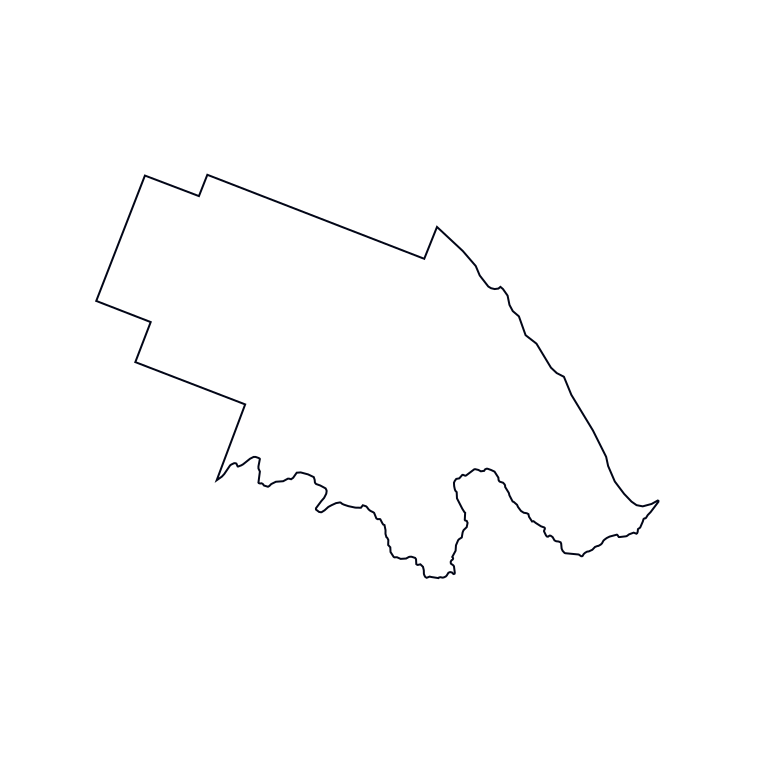 Menominee, Michigan, United States of America (Robinson projection), rotated 291°
{"feature_id": "52423323B70505810284564", "entity_name": "Menominee", "entity_type": "district", "adm_level": 2, "iso_a3": "USA", "parent_name": "United States of America", "parent_adm1": "Michigan", "projection": "robinson", "projection_center": [-87.723, 45.54], "detail": "fine", "context": "isolated", "style": "outline", "palette": "ink", "viewbox_px": 768, "rotation_deg": 291, "n_neighbors": 0, "source": "geoboundaries", "source_scale": "gbopen_adm2", "svg_char_len": 3740}
<svg xmlns="http://www.w3.org/2000/svg" viewBox="0 0 768 768"><g transform="rotate(291 384 384)"><path d="M234.2,262.3L239.4,265.8L242.6,267.1L252.9,269.5L254.1,270.3L256.4,272.5L256.8,273.8L256.8,274.7L254.6,276.9L254.6,277.3L256.9,279.9L258.5,281.2L266.2,285.7L269.2,288.4L269.9,290.3L270.0,293.5L269.8,294.6L269.5,295.0L262.1,296.3L260.1,297.1L257.8,299.5L247.0,302.1L246.6,302.6L246.7,304.0L247.4,305.2L247.3,306.5L246.2,308.4L246.5,312.5L247.7,313.5L250.2,314.6L254.0,318.1L257.1,324.7L261.2,328.2L261.6,329.3L261.8,331.4L263.9,332.8L269.9,334.3L271.6,337.9L272.4,345.5L271.9,351.8L269.7,353.6L267.3,354.8L266.7,355.6L266.3,356.5L266.4,360.9L265.8,365.5L265.6,366.9L264.5,368.1L263.6,368.8L260.9,369.4L256.2,368.9L252.1,367.4L243.6,365.0L242.4,365.5L241.3,369.2L241.7,371.2L242.0,371.7L244.8,373.8L249.3,376.1L252.1,378.5L255.6,381.9L257.7,385.4L257.7,386.2L257.1,388.0L257.0,390.1L257.2,394.5L258.3,401.5L260.2,406.8L263.2,407.7L263.4,411.0L263.0,412.1L261.4,414.6L260.7,416.7L260.4,420.0L260.1,421.0L255.8,425.0L255.5,426.4L256.3,428.2L256.4,429.0L253.3,432.5L252.5,433.7L252.5,435.0L248.1,437.8L244.6,439.1L241.9,441.1L241.6,442.1L240.0,443.9L235.2,445.6L233.8,448.4L229.5,450.3L226.1,454.9L225.9,455.8L226.9,458.2L226.7,462.2L229.0,467.2L231.4,469.2L232.1,470.2L232.6,471.6L232.8,475.4L231.9,476.7L227.4,478.7L227.1,479.8L227.2,480.4L228.7,482.6L227.3,485.9L224.4,487.9L221.0,489.3L219.6,490.5L218.6,491.8L218.4,493.3L220.6,495.7L220.7,497.0L222.3,504.4L223.1,504.7L223.9,506.0L224.1,507.5L224.3,508.3L225.1,509.4L226.5,510.7L227.7,511.2L230.9,511.8L232.1,513.1L232.4,515.0L231.6,516.6L231.6,517.3L232.3,517.9L233.2,517.7L238.8,514.7L239.5,513.8L240.3,510.8L241.8,510.0L243.3,510.1L244.9,511.1L246.0,511.0L246.7,510.4L247.0,509.7L254.0,510.6L259.2,509.0L264.7,509.2L266.0,509.7L268.6,511.6L273.6,510.6L275.0,510.6L276.2,510.7L280.0,512.5L284.3,511.8L285.8,510.3L285.7,508.7L286.1,508.1L292.9,505.9L293.2,505.0L295.6,501.8L303.4,493.1L309.1,490.6L310.0,488.8L311.3,487.7L313.8,486.1L316.9,484.7L318.9,484.8L321.3,485.5L322.9,488.1L327.2,489.7L327.5,490.3L327.5,492.7L328.0,493.4L336.8,498.9L337.2,499.9L337.6,502.9L337.2,505.7L338.8,508.6L340.4,508.9L341.6,510.0L342.0,511.0L342.1,514.7L341.8,518.6L337.6,524.3L335.4,525.4L334.5,526.5L334.3,527.2L334.5,530.6L333.4,532.7L332.5,533.5L331.3,534.0L327.0,539.6L325.0,541.0L320.4,546.2L320.4,547.4L318.9,551.5L317.2,553.2L314.6,557.3L313.9,560.6L314.5,563.6L314.3,565.4L312.0,567.0L308.7,571.5L309.5,572.8L308.7,575.3L307.4,581.6L307.5,585.1L307.1,585.8L306.4,586.1L304.4,586.0L303.8,586.2L300.6,589.6L300.0,590.8L300.2,591.8L301.8,592.9L302.1,593.9L301.5,596.3L299.1,599.2L298.9,601.1L299.5,603.4L299.5,605.6L298.5,606.6L294.0,608.8L292.3,610.5L291.0,613.1L291.0,613.9L294.6,626.9L293.9,629.7L294.1,630.5L294.6,631.0L296.9,631.4L298.6,632.3L300.3,633.7L301.1,635.2L303.9,637.9L307.5,639.4L309.3,641.4L309.7,642.2L311.8,643.9L313.3,644.6L316.4,645.0L317.8,645.7L320.0,647.1L322.4,649.3L326.8,655.4L326.7,656.0L325.3,658.0L325.5,658.7L328.6,664.6L329.4,665.4L331.5,666.7L334.3,669.9L334.7,670.4L334.7,673.3L335.4,673.8L337.0,673.8L339.5,673.1L341.8,674.6L348.4,674.9L350.9,674.7L351.9,675.3L352.3,676.2L353.0,676.6L356.2,677.2L359.9,678.8L372.4,682.4L373.3,682.0L373.3,681.3L367.9,676.8L362.5,669.4L361.4,663.2L362.9,657.2L367.5,647.5L375.7,634.4L387.8,622.6L395.6,617.5L415.5,595.7L441.0,562.8L455.2,549.4L456.1,541.3L459.1,534.0L476.3,511.9L480.3,498.7L495.5,485.7L498.2,478.1L502.8,472.8L510.8,467.7L515.3,461.0L516.4,457.9L514.1,456.6L512.3,453.3L511.8,449.6L512.4,446.4L519.6,434.5L527.0,427.4L536.4,409.9L549.6,377.2L515.3,376.7L516.0,144.1L493.1,143.9L492.9,86.1L358.4,85.6L358.2,144.0L315.3,144.0L315.2,261.7L234.2,262.3Z" fill="none" stroke="#020617" stroke-width="2"/></g></svg>